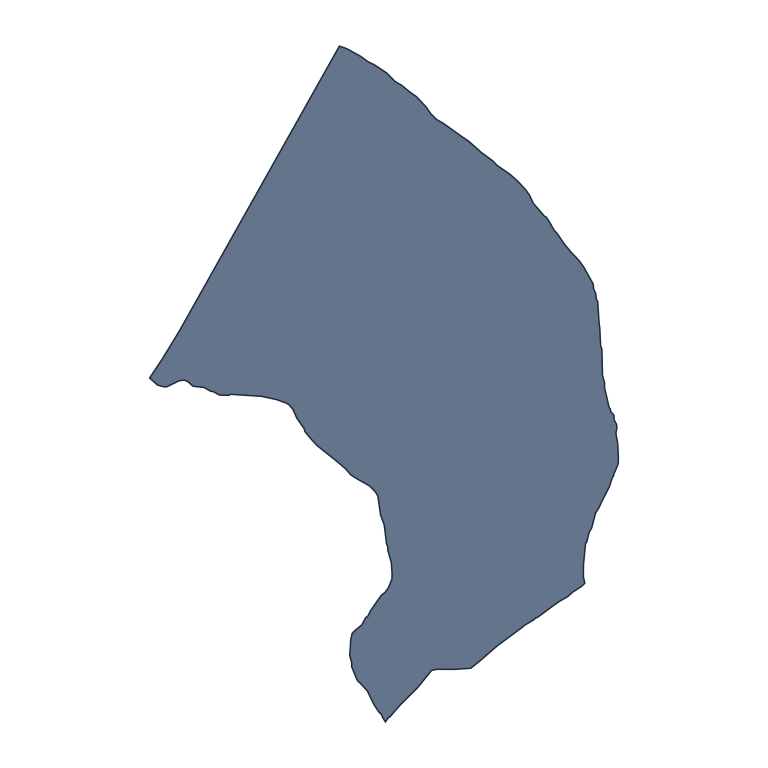 the district of Cuilco, Huehuetenango, Guatemala
{"feature_id": "79465075B28423402187553", "entity_name": "Cuilco", "entity_type": "district", "adm_level": 2, "iso_a3": "GTM", "parent_name": "Guatemala", "parent_adm1": "Huehuetenango", "projection": "albers", "projection_center": [-91.949, 15.456], "detail": "fine", "context": "isolated", "style": "filled", "palette": "slate", "viewbox_px": 768, "rotation_deg": 0, "n_neighbors": 0, "source": "geoboundaries", "source_scale": "gbopen_adm2", "svg_char_len": 2161}
<svg xmlns="http://www.w3.org/2000/svg" viewBox="0 0 768 768"><path d="M584.8,583.3L583.4,576.5L583.5,564.4L585.6,543.3L586.8,542.1L588.9,533.0L591.7,527.9L595.6,513.0L598.9,507.8L602.5,500.1L609.3,487.0L612.6,476.8L613.6,476.2L613.6,474.6L617.2,466.5L618.3,463.0L618.4,457.2L617.6,442.6L615.9,433.6L616.9,427.6L616.5,424.3L614.0,419.5L614.1,415.5L610.5,411.1L610.4,408.8L609.2,407.6L604.5,387.5L604.6,382.9L602.5,375.2L601.9,349.1L600.7,346.2L600.3,339.5L599.8,327.9L599.1,323.2L597.7,301.3L596.4,299.4L595.7,293.4L593.7,289.0L593.2,284.0L585.5,270.2L584.4,268.2L582.9,265.9L579.7,261.4L576.6,257.9L575.5,256.7L570.6,251.7L569.6,250.3L564.6,244.4L557.4,233.8L553.9,229.9L550.2,223.2L549.0,221.2L546.2,217.1L544.7,216.5L533.3,203.3L529.4,195.0L525.9,190.0L520.1,183.7L517.9,181.4L510.5,174.7L496.7,165.1L493.3,161.3L481.5,152.6L468.9,141.4L461.4,136.3L443.7,123.6L436.3,119.3L430.7,113.6L429.1,111.3L426.4,107.3L416.6,96.8L409.8,92.0L401.4,85.1L397.1,82.8L394.7,81.1L386.6,72.9L374.0,64.6L368.3,61.9L360.6,56.3L346.6,48.6L339.4,46.1L179.0,331.6L162.0,359.4L149.6,378.0L157.7,385.2L164.5,386.9L166.8,386.8L179.1,380.8L184.4,380.1L187.9,381.7L193.0,386.2L204.2,387.5L210.3,391.1L213.5,391.8L219.6,395.1L229.1,395.3L230.5,394.3L261.4,396.3L276.6,399.6L286.7,403.3L289.4,405.1L293.0,409.5L296.8,418.1L304.3,428.9L304.8,431.5L311.0,439.0L317.1,445.6L337.5,461.9L345.7,469.0L350.8,474.9L358.0,479.4L369.7,486.0L373.7,490.1L376.1,492.9L377.9,496.3L380.6,515.2L384.2,524.7L386.6,544.4L387.7,546.2L387.8,550.2L391.3,562.6L392.1,573.6L391.9,579.1L388.5,587.5L385.1,592.3L381.3,595.3L375.6,603.4L370.3,611.1L368.1,615.8L365.6,617.8L361.8,624.9L354.5,630.9L353.5,631.9L352.0,633.8L350.6,640.6L350.3,647.5L349.7,655.4L351.7,662.6L351.6,666.6L355.9,677.2L357.7,681.1L359.1,682.1L361.5,684.6L367.3,690.9L373.9,704.5L379.0,712.3L381.2,714.1L382.7,717.6L385.4,721.9L388.5,717.5L389.6,717.2L400.4,704.8L417.7,687.6L431.5,670.5L436.8,669.3L453.6,669.4L470.7,668.3L479.1,661.6L497.3,645.8L522.8,626.9L524.0,625.7L534.5,619.3L535.4,617.9L537.5,617.4L548.7,609.1L558.2,602.1L568.1,596.3L572.6,592.2L581.6,586.4L584.8,583.3Z" fill="#64748b" stroke="#1e293b" stroke-width="1.5"/></svg>